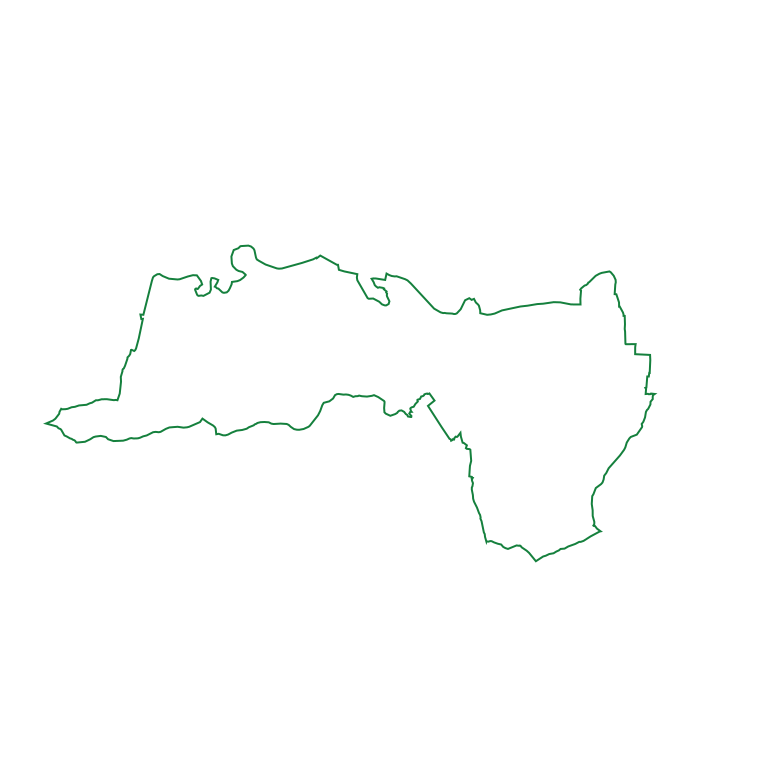 outline of Turceni, Gorj, Romania, rotated 303°
{"feature_id": "2599482B55128602353314", "entity_name": "Turceni", "entity_type": "district", "adm_level": 2, "iso_a3": "ROU", "parent_name": "Romania", "parent_adm1": "Gorj", "projection": "albers", "projection_center": [23.338, 44.708], "detail": "fine", "context": "isolated", "style": "outline", "palette": "green", "viewbox_px": 768, "rotation_deg": 303, "n_neighbors": 0, "source": "geoboundaries", "source_scale": "gbopen_adm2", "svg_char_len": 6166}
<svg xmlns="http://www.w3.org/2000/svg" viewBox="0 0 768 768"><g transform="rotate(303 384 384)"><path d="M585.8,530.0L585.0,528.5L593.4,523.8L595.5,523.0L597.5,521.5L599.9,517.7L601.2,513.4L601.2,511.8L595.8,506.1L593.8,504.6L590.0,502.6L581.0,500.6L580.3,500.1L579.1,500.3L577.1,499.7L575.8,498.6L571.6,497.3L569.9,497.2L569.6,498.4L562.4,502.3L557.7,505.5L552.6,497.5L548.5,487.4L545.1,481.8L538.0,473.7L534.5,469.0L527.9,461.8L523.3,456.2L510.0,442.9L503.4,438.5L500.5,435.7L498.2,432.8L495.8,426.2L498.2,424.5L501.4,420.9L501.9,419.5L502.4,416.6L504.4,413.1L502.3,411.7L502.4,408.8L498.4,406.4L488.5,407.6L482.9,406.6L481.7,405.8L480.8,404.6L480.2,402.8L477.4,398.0L476.6,396.1L475.7,395.0L474.9,392.4L474.5,385.0L482.9,351.9L483.7,347.3L483.4,344.6L481.2,335.9L480.1,334.5L478.8,331.7L478.2,329.0L478.0,326.0L471.9,328.3L468.1,319.8L466.7,317.5L465.5,316.3L463.8,319.8L461.9,322.4L461.5,324.1L461.4,326.5L462.6,327.4L464.0,330.7L464.2,332.1L463.4,332.2L463.0,335.8L462.0,335.9L461.4,337.4L460.1,337.9L459.1,338.9L456.3,343.5L453.6,344.3L451.1,343.0L450.3,341.7L449.7,338.9L450.4,335.2L449.8,328.4L447.2,324.8L447.1,323.5L456.5,305.1L458.6,303.2L461.6,301.8L456.8,289.4L455.2,284.0L458.9,280.5L458.3,279.6L457.0,260.6L452.8,259.1L453.1,258.4L450.0,256.7L440.9,249.3L425.3,235.5L423.5,233.1L422.6,231.2L419.7,219.6L419.2,211.9L419.2,209.5L420.3,207.8L425.6,202.5L426.5,200.8L426.9,197.6L426.2,194.9L421.8,189.0L421.3,188.5L418.5,187.9L414.5,185.0L407.8,186.6L402.2,190.8L400.5,193.1L399.4,197.9L399.6,200.5L400.9,204.3L400.3,208.5L400.0,208.7L396.8,208.2L392.8,206.7L390.4,205.0L386.8,200.9L384.6,201.9L380.3,202.6L377.5,202.8L375.2,202.2L373.3,200.1L372.8,198.6L373.8,193.2L373.3,191.7L373.7,190.1L373.5,189.1L378.5,188.9L381.0,188.3L380.3,184.4L379.3,182.1L378.7,181.6L375.4,182.8L368.9,187.4L365.6,188.0L359.6,184.6L358.7,182.5L357.0,180.6L356.8,179.5L357.1,178.6L360.2,174.2L361.0,174.0L361.8,174.4L362.0,175.7L362.4,176.1L366.1,176.3L368.4,177.3L370.7,174.4L373.2,167.9L371.2,164.5L367.3,160.9L360.6,155.6L359.2,153.9L355.2,146.3L354.0,139.6L354.0,135.9L352.6,134.1L349.1,132.4L347.6,132.2L344.0,133.2L311.0,144.5L309.6,141.9L306.3,145.1L307.3,146.3L288.7,153.5L278.8,156.7L276.9,156.9L275.6,156.5L275.2,153.7L274.7,153.3L271.0,154.8L269.0,154.9L266.6,154.4L265.3,155.1L258.2,156.9L255.3,157.3L254.2,156.9L253.2,157.1L252.3,157.7L246.6,159.4L242.7,162.2L232.0,167.6L225.2,169.3L224.6,167.8L223.3,166.2L220.3,159.8L217.4,155.5L214.7,153.1L213.4,151.2L209.3,149.3L207.5,147.7L204.6,145.9L199.9,139.9L196.5,137.2L194.4,134.7L190.9,132.2L189.2,130.3L187.5,127.8L187.4,126.8L184.0,127.0L182.1,127.8L175.9,127.3L173.1,126.3L166.8,122.1L170.2,132.8L169.6,135.1L170.0,137.2L169.8,138.2L166.8,144.0L167.2,146.5L167.4,150.3L167.9,152.0L167.8,153.1L168.2,155.1L168.0,156.2L167.4,157.6L167.5,158.2L172.7,164.7L177.6,167.7L181.2,169.3L182.9,170.8L186.2,174.7L188.1,179.6L187.4,182.7L188.8,188.2L194.4,196.1L197.2,198.6L199.7,200.2L201.0,201.5L202.0,203.8L204.4,207.2L206.1,208.7L208.9,210.5L211.6,213.0L217.8,216.6L219.5,218.6L220.9,221.4L222.2,222.7L227.6,225.5L230.7,227.7L235.7,234.2L238.2,239.6L240.4,242.4L242.0,243.9L251.8,250.4L256.1,250.6L255.8,257.0L256.1,263.4L255.7,265.7L254.9,267.1L250.5,270.7L252.2,272.5L253.3,276.9L254.5,278.9L256.7,280.8L260.2,282.7L264.7,285.9L268.2,290.1L271.7,293.2L274.1,294.2L278.5,297.3L279.6,297.5L281.3,298.7L282.3,299.0L284.7,301.2L287.0,304.4L289.1,308.2L289.4,311.1L290.3,313.2L294.5,318.9L297.5,324.2L297.8,326.3L297.3,329.1L297.2,333.1L298.2,335.8L299.4,337.8L302.5,341.1L307.0,344.0L308.6,344.5L321.8,345.7L326.6,345.2L332.6,343.8L335.4,343.7L339.7,347.6L344.1,349.2L348.0,349.0L349.8,350.0L350.9,351.3L353.0,355.8L354.5,357.8L355.6,360.1L356.2,362.5L356.4,365.2L358.3,366.8L359.5,368.6L360.7,369.4L361.7,372.1L364.2,376.6L367.5,380.3L369.2,381.7L369.9,386.3L369.8,393.3L369.5,394.0L368.7,394.6L363.9,397.2L360.5,399.8L360.1,401.7L360.8,406.6L364.9,409.8L367.0,410.8L368.1,410.8L370.0,411.4L371.4,413.1L371.6,416.1L370.7,418.6L370.7,420.3L369.8,421.8L370.9,424.4L371.2,424.8L372.1,424.4L373.0,421.3L374.9,421.2L375.7,422.3L376.0,421.4L377.6,419.5L378.3,419.4L379.5,419.9L381.1,421.3L384.4,421.2L387.7,421.9L388.7,420.7L389.1,420.7L391.0,422.3L393.8,422.0L395.0,423.2L396.3,423.7L397.3,423.5L398.4,424.3L399.5,425.4L399.4,426.0L399.8,426.6L400.8,427.2L397.6,435.4L389.6,432.8L379.2,455.9L373.7,468.8L373.9,470.2L373.0,471.2L374.8,472.2L375.4,472.0L375.7,473.0L377.2,472.5L378.9,472.8L379.3,474.0L380.0,474.3L384.7,474.7L381.8,477.1L377.6,481.9L378.0,483.1L377.7,486.9L374.8,487.6L374.7,488.7L376.0,491.3L375.9,492.2L367.0,499.0L362.1,500.7L353.0,505.8L353.9,508.2L352.8,508.8L353.4,509.6L351.7,509.8L351.0,510.3L349.3,512.6L346.3,513.9L345.1,514.0L343.2,515.2L339.3,519.0L336.4,521.2L334.4,523.5L331.0,529.3L327.5,534.0L326.5,535.9L324.7,537.7L323.6,538.2L322.1,540.5L313.9,548.6L313.0,550.2L310.8,552.0L307.5,555.8L307.9,555.7L308.7,557.5L310.1,558.6L310.8,559.9L311.1,562.6L312.0,566.4L313.2,569.7L312.3,572.7L312.5,575.2L313.2,577.8L320.8,583.1L322.0,585.6L322.5,585.9L322.6,586.7L322.0,588.5L321.9,594.4L321.4,597.6L318.1,607.9L326.0,611.4L328.1,613.2L331.4,615.2L334.4,618.4L337.4,619.8L339.7,621.3L341.8,621.9L344.3,625.1L348.1,627.0L354.0,631.5L357.9,633.7L358.8,635.0L361.1,636.8L368.8,640.3L377.7,645.2L378.4,645.9L378.7,641.4L379.8,638.3L379.2,637.2L379.3,636.7L380.9,636.7L382.9,635.5L387.0,630.9L391.7,627.8L396.5,623.6L403.4,619.7L405.5,619.7L412.1,618.3L418.3,620.6L420.4,620.9L423.5,620.2L427.1,618.6L430.3,618.9L435.7,618.3L452.5,620.8L459.6,621.2L462.3,620.9L467.1,619.5L471.9,619.4L474.0,619.8L479.2,623.6L488.3,623.9L489.3,623.5L490.8,621.9L493.5,622.1L498.2,621.1L503.2,618.9L505.3,618.7L507.0,619.1L511.9,618.6L514.3,617.2L517.7,617.6L519.5,616.4L521.1,615.7L523.1,616.5L521.6,613.5L521.2,613.0L520.8,613.2L519.6,611.6L519.5,610.7L518.1,608.9L522.4,606.6L523.1,605.3L523.9,606.0L533.7,600.7L534.5,602.0L537.8,600.4L538.0,600.8L549.1,594.3L553.3,591.3L545.8,578.4L551.7,574.6L554.5,573.3L549.1,565.2L549.2,564.6L559.2,557.7L561.3,555.9L565.3,553.6L572.2,548.8L571.6,547.8L572.8,547.0L574.1,545.5L577.4,539.4L577.0,539.0L580.4,536.7L585.8,530.0Z" fill="none" stroke="#15803d" stroke-width="2"/></g></svg>